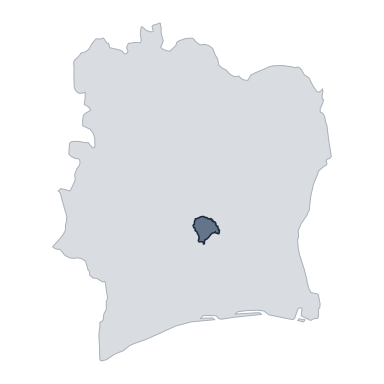 District Autonome De Yamoussoukro, Lacs, Ivory Coast shown in context
{"feature_id": "98640826B30232425959699", "entity_name": "District Autonome De Yamoussoukro", "entity_type": "district", "adm_level": 2, "iso_a3": "CIV", "parent_name": "Ivory Coast", "parent_adm1": "Lacs", "projection": "natural_earth1", "projection_center": [-5.252, 6.815], "detail": "fine", "context": "in_parent", "style": "filled", "palette": "slate", "viewbox_px": 384, "rotation_deg": 0, "n_neighbors": 0, "source": "geoboundaries", "source_scale": "gbopen_adm2", "svg_char_len": 7584}
<svg xmlns="http://www.w3.org/2000/svg" viewBox="0 0 384 384"><path d="M81.1,52.8L82.4,52.8L85.9,51.6L89.1,48.9L92.1,43.3L96.1,38.8L100.6,39.1L102.0,38.3L103.6,38.1L105.4,41.1L107.3,43.4L108.7,43.4L109.7,47.7L117.9,49.5L121.5,50.7L124.4,53.8L125.5,53.9L126.7,53.2L127.7,52.1L127.9,50.9L126.6,48.1L127.2,45.6L128.5,43.3L130.6,43.2L133.8,42.5L137.5,42.5L140.2,42.9L141.3,40.7L140.3,34.3L140.6,30.8L141.0,27.8L142.0,26.6L146.1,30.3L149.8,31.7L152.5,31.8L153.3,31.1L152.1,27.0L152.4,25.8L153.4,25.1L155.2,24.7L159.9,23.0L160.4,23.4L161.3,29.8L160.9,31.8L161.9,36.2L163.1,40.2L163.0,41.9L162.0,44.4L160.8,46.6L161.0,47.6L162.8,49.1L166.5,50.7L170.2,51.1L172.3,48.8L174.5,46.9L176.0,45.2L176.6,42.6L178.9,40.8L185.8,38.5L192.0,38.1L193.5,38.9L196.4,42.4L200.0,44.8L205.4,44.5L209.4,45.9L212.8,48.6L215.1,54.7L217.7,59.0L218.8,65.2L222.7,68.4L225.9,69.9L230.1,74.4L234.5,76.7L239.0,76.1L241.1,78.5L244.5,80.1L247.9,80.3L250.8,75.1L254.7,73.0L264.7,68.9L268.6,67.0L272.5,65.9L282.1,65.5L291.0,66.7L295.4,67.7L298.4,67.0L301.3,69.5L304.2,74.6L306.7,76.3L309.1,78.0L311.0,82.1L313.1,86.1L314.3,87.9L317.0,91.9L319.3,92.0L321.5,90.3L322.5,89.0L322.9,91.6L322.1,95.9L322.2,98.5L323.5,99.5L322.8,102.9L320.2,108.7L320.2,112.1L322.8,113.2L324.7,116.8L325.8,123.0L326.9,125.1L327.0,126.4L328.9,141.4L331.3,156.5L329.8,158.4L327.8,159.0L326.5,159.7L326.1,161.1L327.0,163.2L326.4,165.1L323.9,166.4L318.4,171.2L318.0,173.1L316.5,177.1L315.3,179.6L313.5,184.2L310.7,196.5L309.6,206.6L309.5,209.7L308.3,211.9L307.1,215.0L301.1,223.7L298.1,230.8L298.5,233.9L298.6,237.0L297.7,239.2L297.9,245.2L298.6,250.2L299.7,255.1L304.1,269.0L306.3,277.5L307.7,284.3L309.0,288.9L310.1,290.7L310.6,292.5L317.1,293.8L318.3,294.8L320.1,303.7L319.8,307.7L318.5,309.2L318.6,312.6L318.3,316.8L317.4,318.5L313.7,318.7L311.3,320.3L308.1,319.6L307.7,318.6L306.0,318.2L301.2,315.8L302.0,308.1L299.8,307.8L298.0,308.8L294.7,318.1L293.0,319.7L269.1,314.9L263.9,311.0L257.7,310.2L246.8,310.6L237.9,311.7L235.3,314.1L257.9,312.7L260.3,313.0L261.5,314.4L232.9,317.4L222.0,319.2L218.8,318.7L216.4,315.8L204.5,315.4L202.1,316.4L200.6,318.6L205.3,318.1L212.6,318.0L214.6,319.7L191.6,321.8L175.6,326.0L168.9,329.1L146.6,339.2L133.0,344.0L129.5,345.7L123.3,350.7L115.3,353.8L106.4,359.7L101.0,361.0L99.8,359.1L99.6,349.2L98.9,336.0L99.2,331.0L99.9,326.2L99.9,322.3L102.6,320.8L103.3,319.2L103.8,314.1L106.3,309.4L106.3,301.3L107.1,299.6L107.7,297.4L106.6,292.1L105.2,282.0L104.5,281.3L103.9,281.8L102.5,281.9L96.9,278.5L92.6,277.9L89.6,274.9L89.4,271.5L87.9,269.5L86.9,265.6L85.4,261.1L81.1,258.4L77.1,257.8L74.3,258.3L71.0,258.2L67.2,256.7L64.5,255.0L62.0,251.7L59.7,249.1L57.9,249.4L55.6,248.8L53.4,247.6L52.7,246.7L62.0,236.2L65.1,231.1L65.5,228.0L65.5,224.8L66.5,221.6L66.8,216.6L61.7,198.7L60.4,193.2L59.0,191.6L58.2,191.0L60.7,188.7L64.3,189.3L69.8,191.0L71.0,189.3L75.1,180.2L75.0,176.9L74.6,174.6L77.0,168.4L79.0,166.0L80.0,163.4L79.7,159.9L78.2,158.5L76.3,158.8L74.0,157.9L70.5,155.9L68.8,154.1L69.3,145.9L69.6,143.4L70.9,141.9L72.8,141.5L78.2,141.3L82.6,142.2L86.5,142.7L88.5,142.7L90.2,145.2L92.4,147.6L94.3,147.6L95.0,145.8L94.6,137.7L93.3,133.4L90.3,129.3L82.7,125.8L82.6,120.9L83.3,115.6L85.0,113.6L90.7,110.2L89.7,108.4L87.9,106.5L84.3,104.5L85.1,98.1L85.3,92.4L82.3,93.1L79.2,93.4L76.5,91.7L74.3,88.2L73.9,78.7L74.0,67.7L73.6,62.9L74.4,60.3L77.1,57.9L80.0,54.8L81.1,52.8ZM305.0,319.8L303.7,321.9L297.7,320.5L299.1,318.8L305.0,319.8Z" fill="#d9dde1" stroke="#a8b0b8" stroke-width="1"/><path d="M218.5,233.8L218.7,233.7L218.5,233.4L218.4,233.3L218.3,233.2L218.8,233.2L219.0,233.0L218.9,232.8L219.0,232.6L219.2,232.3L219.2,232.1L219.2,231.9L219.3,231.9L219.3,231.6L219.2,231.5L219.2,231.3L219.3,231.2L219.3,230.9L219.2,230.9L219.1,231.0L219.1,230.8L219.2,230.6L219.5,230.4L219.5,230.2L219.4,230.1L219.2,230.2L218.8,230.0L218.7,230.0L218.6,229.9L218.7,229.6L218.7,229.4L218.4,229.2L218.2,228.9L218.2,228.7L218.3,228.5L218.2,228.4L218.1,228.2L217.9,227.7L217.9,227.2L218.0,226.9L217.9,226.6L217.8,226.4L217.6,226.4L217.4,226.3L217.2,226.3L217.2,226.2L216.9,226.0L216.9,225.9L216.5,225.8L216.4,225.7L216.2,225.6L216.1,225.4L216.2,225.2L216.1,224.9L216.0,224.7L215.9,224.3L215.8,224.2L215.9,223.8L215.9,223.7L215.6,223.5L215.5,223.4L215.5,223.2L215.5,222.9L215.4,222.9L215.3,222.7L215.2,222.4L215.0,222.2L214.9,222.0L214.9,221.9L214.7,221.8L214.4,221.8L214.2,221.8L214.0,221.7L213.8,221.8L213.7,221.8L213.7,221.7L213.5,221.4L213.5,221.5L213.4,221.6L213.2,221.6L213.1,221.3L213.1,221.1L212.9,221.0L212.8,220.9L212.7,220.9L212.5,221.0L212.4,221.0L212.4,220.9L212.3,220.7L212.2,220.7L211.9,220.3L211.9,220.1L211.7,220.0L211.7,219.9L211.6,219.7L211.6,219.4L211.8,219.3L211.8,219.1L211.7,219.0L211.4,219.1L211.2,219.1L211.1,218.9L210.9,218.9L210.7,219.0L210.5,218.8L210.4,219.0L210.1,219.1L209.9,219.0L209.7,219.1L209.4,218.9L209.2,219.0L209.1,218.9L208.8,218.7L208.7,218.6L208.3,218.7L208.2,218.6L207.9,218.7L207.7,218.6L207.5,218.3L207.4,218.2L207.2,217.9L206.9,217.6L206.7,217.5L206.1,217.4L205.9,217.5L205.7,217.5L205.4,217.5L205.2,217.4L205.1,217.5L205.0,217.4L204.7,217.3L204.5,217.1L204.4,216.9L204.0,216.7L203.8,216.6L203.7,216.6L203.3,216.4L203.2,216.4L202.3,216.6L202.1,216.7L201.4,216.7L201.2,216.8L201.0,216.7L200.8,216.9L200.3,216.9L200.1,217.0L199.8,217.2L199.7,217.3L199.1,217.8L198.8,217.8L198.7,217.9L198.6,218.0L198.3,218.0L198.2,218.1L197.9,218.1L197.7,218.2L197.6,218.3L197.3,218.4L197.3,218.5L197.2,218.6L196.9,218.6L196.4,218.9L196.2,218.8L196.0,218.7L195.9,218.7L195.8,218.8L195.7,218.9L195.4,218.9L195.4,219.0L195.3,219.4L195.2,219.6L195.2,220.0L194.8,220.4L194.7,220.8L194.5,221.2L194.6,221.4L194.5,221.7L194.5,221.9L194.5,222.2L194.4,222.3L194.4,222.7L194.4,222.8L194.4,223.2L194.4,223.3L194.3,223.9L194.3,224.1L194.3,224.3L194.1,224.4L193.8,224.5L193.6,224.7L193.5,224.9L193.4,225.0L193.2,225.2L193.1,225.5L193.2,225.9L193.4,226.1L193.4,226.3L193.4,226.6L193.5,226.9L193.6,227.1L193.8,227.5L193.9,227.8L194.0,227.9L194.3,228.0L194.7,228.0L194.8,228.1L195.0,228.3L195.0,228.5L195.1,229.3L195.2,229.6L195.1,229.8L195.0,230.4L195.1,230.5L195.3,230.8L195.5,230.8L195.7,231.0L195.9,231.0L196.0,231.1L196.2,231.3L196.8,231.9L197.1,232.3L197.2,232.5L197.3,232.7L197.3,233.4L197.5,233.4L197.6,233.7L197.8,234.1L198.0,234.3L198.1,234.5L198.2,234.8L198.5,235.5L198.8,236.0L198.8,236.5L198.8,237.2L199.1,238.0L199.2,238.3L199.1,238.5L198.9,238.8L198.8,239.2L198.7,239.2L198.4,240.1L198.4,240.7L198.4,240.8L198.5,241.1L198.6,241.4L198.7,241.5L198.8,241.6L199.1,241.8L199.4,241.9L199.7,241.9L199.9,241.8L200.3,241.8L200.9,241.7L201.2,241.7L201.4,241.8L201.5,241.8L201.9,241.8L202.1,241.8L202.9,242.1L203.0,242.2L203.3,242.3L203.7,243.0L203.7,243.4L203.4,243.5L203.3,243.8L203.3,244.0L203.5,244.2L203.5,244.4L203.6,244.2L203.9,244.1L204.0,244.0L204.2,243.8L204.5,243.3L204.5,243.2L204.4,242.9L204.4,242.7L204.5,242.4L204.5,242.1L204.4,241.8L204.4,241.7L204.4,241.4L204.5,241.3L204.5,241.0L204.6,240.8L204.7,240.7L204.8,240.6L204.9,240.4L205.0,240.3L205.0,240.2L204.9,239.9L205.0,239.8L205.1,239.7L205.4,239.6L205.7,239.5L206.2,239.3L206.6,239.1L206.9,238.9L207.2,238.8L207.6,238.4L208.0,237.9L208.3,237.7L208.5,237.4L208.8,237.1L209.1,236.7L209.7,236.0L209.9,235.7L210.2,235.3L210.4,235.1L210.5,234.9L210.9,234.4L211.1,234.3L211.2,234.0L211.4,233.9L211.6,233.8L211.9,233.5L212.1,233.3L212.2,233.2L212.4,233.0L212.6,233.0L213.0,232.9L213.3,233.0L213.8,232.9L214.1,232.7L214.4,232.6L215.3,231.9L215.4,232.2L215.4,232.4L215.5,232.5L215.6,232.8L215.9,233.0L216.1,233.1L216.4,233.1L216.7,233.2L217.0,233.3L217.5,233.5L217.8,233.6L218.1,233.7L218.3,233.7L218.5,233.8Z" fill="#64748b" stroke="#1e293b" stroke-width="1.5"/></svg>